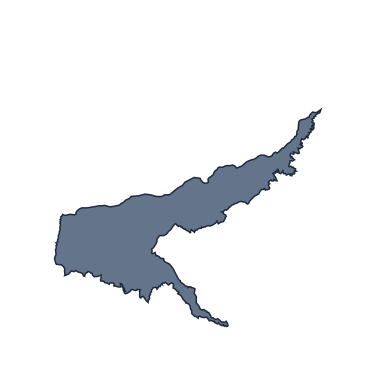 the district of Girón, Santander, Colombia, rotated 121°
{"feature_id": "7082276B75603088073292", "entity_name": "Girón", "entity_type": "district", "adm_level": 2, "iso_a3": "COL", "parent_name": "Colombia", "parent_adm1": "Santander", "projection": "albers", "projection_center": [-73.264, 7.05], "detail": "fine", "context": "isolated", "style": "filled", "palette": "slate", "viewbox_px": 384, "rotation_deg": 121, "n_neighbors": 0, "source": "geoboundaries", "source_scale": "gbopen_adm2", "svg_char_len": 6092}
<svg xmlns="http://www.w3.org/2000/svg" viewBox="0 0 384 384"><g transform="rotate(121 192 192)"><path d="M61.4,129.8L65.3,130.7L67.8,130.2L68.5,131.3L71.1,132.4L73.8,135.6L75.6,136.5L77.4,136.4L83.8,133.1L85.7,133.3L89.1,131.7L90.9,131.6L91.5,132.4L94.2,132.4L95.8,133.2L98.2,133.3L101.7,135.0L107.0,136.1L107.9,137.2L114.0,138.6L114.5,138.9L114.8,140.8L115.3,141.3L116.9,142.1L119.7,142.1L122.5,144.1L123.2,148.9L124.9,152.0L127.7,153.9L129.7,154.4L132.4,156.0L133.6,157.5L137.8,160.6L144.3,162.7L148.5,166.1L147.6,169.0L148.1,171.4L149.5,172.5L151.7,176.2L155.2,178.7L156.6,181.4L157.9,182.2L159.6,182.1L162.6,183.3L166.7,182.8L171.9,185.0L173.1,184.7L174.9,183.1L176.2,183.3L177.8,185.6L178.2,187.2L177.3,190.4L176.1,192.2L178.4,197.6L187.2,203.1L191.2,203.5L195.8,206.2L205.9,209.8L208.7,214.2L210.2,214.6L211.8,216.1L214.3,220.5L215.7,225.9L218.1,231.3L222.9,235.9L227.1,241.9L229.8,242.3L233.0,244.6L236.0,245.3L238.0,246.7L240.7,247.5L246.0,253.3L247.3,255.6L248.6,260.3L250.4,262.2L251.6,264.4L259.4,273.4L262.3,278.2L264.7,279.9L267.6,280.8L269.0,280.9L270.5,280.2L272.1,280.9L273.8,284.9L277.5,288.8L277.9,291.4L279.5,291.1L281.0,291.7L282.0,290.7L283.7,290.9L284.2,289.8L285.3,289.9L285.8,289.3L286.8,289.2L287.4,288.0L290.0,287.2L292.9,285.3L294.0,285.4L296.7,284.1L297.8,284.3L300.6,282.6L302.5,282.6L303.6,281.4L305.6,282.5L306.7,280.6L308.0,280.9L310.0,279.4L311.8,279.3L315.3,276.5L319.8,275.7L323.5,271.8L323.8,271.0L321.7,266.4L322.0,264.0L323.7,261.1L324.9,260.9L328.3,258.3L329.2,258.1L325.9,255.5L321.8,254.8L321.1,252.1L319.1,251.1L319.3,248.9L318.1,244.0L319.8,241.8L319.5,240.6L317.7,241.2L315.8,241.1L314.9,240.2L313.9,240.4L313.3,239.2L313.6,237.0L313.1,235.8L314.3,234.7L315.0,232.2L313.3,229.7L310.1,227.1L312.1,225.8L314.5,225.2L315.3,224.2L313.9,221.5L314.6,220.3L313.8,217.7L313.8,215.5L312.5,215.7L310.5,212.7L311.1,211.1L312.7,210.7L311.1,205.7L309.8,203.9L307.4,206.3L307.1,205.3L307.6,203.5L309.6,202.0L309.3,201.1L310.0,200.8L310.3,201.2L311.4,200.4L310.3,199.9L311.4,199.5L311.0,198.3L311.4,198.1L311.8,199.0L312.3,199.1L313.5,197.5L313.2,196.3L312.2,195.4L308.9,193.8L307.1,193.7L306.4,193.2L305.6,189.7L304.6,188.7L303.5,188.6L302.5,185.8L303.7,186.0L309.0,182.7L309.4,181.8L308.9,181.2L308.4,181.6L306.5,179.9L308.7,175.4L309.3,172.8L308.0,173.5L305.1,173.5L303.2,175.0L301.1,174.8L300.3,175.7L298.3,175.3L297.4,176.1L294.5,176.1L293.1,174.9L292.0,172.9L291.9,172.4L292.7,172.6L293.3,171.9L289.5,171.6L289.5,170.7L286.5,170.6L286.6,169.9L286.2,170.4L284.8,170.0L284.6,169.0L283.2,168.5L283.8,164.2L280.3,162.9L280.4,160.6L284.1,158.6L283.8,156.9L284.8,153.0L284.7,151.5L286.5,151.8L286.4,148.3L288.8,143.9L289.5,141.0L290.3,140.3L289.6,137.2L290.8,134.7L292.9,133.2L293.7,131.4L296.3,129.6L297.1,125.9L296.7,123.6L297.0,121.7L295.5,122.2L294.8,121.9L294.3,121.0L294.5,120.0L293.7,117.3L292.2,115.7L292.0,114.1L293.5,110.8L292.3,109.7L292.1,107.3L291.2,106.4L291.4,105.8L292.2,105.5L292.0,102.3L290.6,101.9L291.3,100.5L291.1,97.5L290.7,96.9L289.7,96.9L290.4,95.2L289.3,94.8L289.7,93.3L288.6,92.3L287.9,92.4L286.2,94.1L285.3,96.2L286.4,96.5L288.2,99.8L287.3,104.3L288.9,106.1L289.3,107.5L288.9,109.3L289.7,110.3L289.6,111.1L288.7,111.9L286.7,115.6L287.4,117.2L286.6,117.8L287.0,119.6L286.6,120.9L287.0,121.9L288.0,122.4L288.2,124.4L286.1,127.6L284.7,131.4L279.4,134.4L277.9,137.8L273.5,139.6L273.6,141.8L274.2,142.9L273.9,144.2L274.9,146.0L276.2,146.4L275.4,147.4L276.0,149.2L275.3,151.9L275.2,155.2L274.0,156.4L274.1,157.3L273.3,159.4L267.2,169.1L265.4,174.2L265.8,179.7L264.9,181.3L264.1,181.4L263.7,182.3L265.0,184.5L264.3,187.3L264.6,189.5L265.1,189.9L262.9,192.6L264.9,193.6L265.3,195.1L263.8,195.5L261.3,197.2L259.9,196.4L255.7,196.2L252.8,196.4L250.6,197.7L246.2,197.4L244.0,193.9L241.4,192.2L237.5,191.7L235.3,190.8L231.0,190.7L227.9,190.1L227.7,189.1L228.3,187.8L228.0,187.4L228.6,186.0L227.4,185.2L227.2,183.7L227.7,183.5L227.2,182.3L227.8,181.9L227.8,179.2L227.1,178.5L227.8,177.5L227.3,173.8L227.9,173.4L227.9,172.6L227.2,172.4L226.5,173.1L224.6,173.2L225.3,169.2L223.7,169.3L223.4,169.8L221.8,168.0L221.4,168.2L219.3,166.9L218.3,165.3L217.2,165.6L217.2,165.0L215.2,162.7L214.3,162.5L212.0,160.1L212.0,159.1L209.3,157.1L206.3,155.7L204.0,155.7L205.7,153.1L203.3,152.0L201.1,149.8L197.6,149.9L196.6,150.4L195.3,150.1L194.3,151.3L194.6,152.4L193.6,156.2L193.0,154.8L191.2,154.8L189.8,154.0L189.6,152.9L187.2,152.2L186.1,152.4L185.4,151.7L182.8,151.2L181.4,149.9L180.3,149.6L178.7,148.0L176.3,146.7L174.5,144.6L174.2,142.8L173.3,141.6L173.9,138.5L173.3,138.0L172.4,137.6L170.6,138.0L164.9,136.7L162.7,135.9L159.4,133.8L156.0,134.1L153.8,133.5L153.0,132.1L151.8,131.9L152.6,130.1L151.9,130.0L151.1,128.3L149.4,127.2L148.8,127.3L147.1,129.7L145.7,130.4L145.1,129.8L145.1,130.5L144.3,131.5L143.5,131.1L142.9,131.4L141.0,130.4L141.4,129.3L140.3,127.7L139.2,128.4L139.3,126.7L138.6,124.9L136.1,128.5L136.1,129.3L135.2,130.1L134.6,132.1L134.0,132.1L132.9,130.3L131.7,131.3L131.1,129.1L129.8,130.6L128.5,130.4L128.3,129.8L130.8,127.3L130.7,125.6L128.7,125.0L127.1,125.0L129.1,123.1L128.0,121.1L128.9,119.9L125.8,117.4L125.9,116.8L127.3,116.4L126.7,114.9L125.8,115.8L125.4,114.9L124.0,114.9L124.1,113.8L122.8,113.7L121.7,114.9L120.4,113.4L120.3,115.1L118.8,115.2L119.1,116.7L118.6,118.1L119.6,118.9L118.9,120.3L120.2,122.0L120.0,122.5L118.2,123.1L116.3,123.0L115.2,124.1L114.0,123.2L113.8,122.0L111.6,120.7L111.0,123.6L110.2,124.7L111.4,124.9L110.1,126.9L108.0,127.2L107.4,124.6L106.9,124.2L105.4,125.6L104.5,121.0L103.4,120.1L99.7,123.8L99.4,121.8L98.6,121.9L97.3,120.7L95.7,120.6L95.5,124.0L94.9,123.9L94.7,122.5L93.8,122.3L93.3,122.7L93.3,124.1L92.0,125.3L90.8,125.0L89.9,125.4L89.7,123.4L88.3,122.6L85.7,122.6L86.2,121.0L85.8,120.4L85.1,120.7L84.6,122.1L83.9,122.1L83.3,121.4L81.1,121.4L80.9,122.5L79.4,120.9L77.9,121.6L77.0,123.1L76.0,122.4L76.7,120.6L74.2,120.4L73.2,121.5L74.2,122.4L74.0,123.2L72.1,123.1L71.7,121.9L70.5,122.5L70.1,122.8L70.5,125.2L68.7,124.9L67.8,126.8L65.8,125.4L64.7,126.2L63.4,125.0L63.0,125.7L61.3,125.4L58.2,123.3L54.8,124.0L59.3,125.9L60.4,127.2L61.4,129.8Z" fill="#64748b" stroke="#1e293b" stroke-width="1.5"/></g></svg>